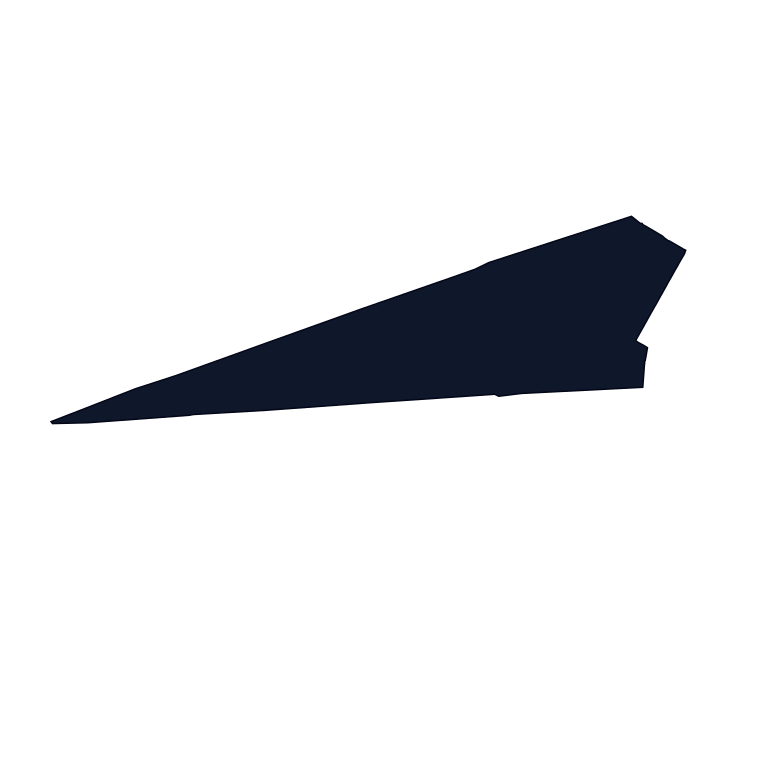 Port Fuad 2, Bur Sa`id, Egypt (Albers equal-area conic projection), rotated 72°
{"feature_id": "37247803B45623855174262", "entity_name": "Port Fuad 2", "entity_type": "district", "adm_level": 2, "iso_a3": "EGY", "parent_name": "Egypt", "parent_adm1": "Bur Sa`id", "projection": "albers", "projection_center": [32.32, 31.171], "detail": "fine", "context": "isolated", "style": "filled", "palette": "ink", "viewbox_px": 768, "rotation_deg": 72, "n_neighbors": 0, "source": "geoboundaries", "source_scale": "gbopen_adm2", "svg_char_len": 986}
<svg xmlns="http://www.w3.org/2000/svg" viewBox="0 0 768 768"><g transform="rotate(72 384 384)"><path d="M301.0,96.8L300.9,246.8L303.0,262.1L303.6,284.3L305.6,380.8L308.6,480.2L311.7,579.6L311.7,621.6L315.1,679.9L316.9,712.3L319.2,711.5L329.4,677.4L353.6,578.7L354.1,574.8L372.7,503.7L397.3,403.8L428.0,281.8L431.1,278.7L435.5,256.0L467.1,138.9L445.8,130.2L444.8,129.6L444.3,129.5L443.7,129.4L442.5,128.4L437.8,125.8L430.9,122.2L427.1,125.4L425.5,127.0L423.2,129.2L420.5,131.2L419.4,130.1L413.2,123.4L410.1,120.0L401.8,111.1L398.1,107.1L390.5,98.7L386.2,94.2L383.9,91.6L379.4,86.8L377.6,84.8L375.8,83.0L373.9,80.9L371.0,77.7L368.8,75.3L365.5,71.8L362.9,68.8L360.1,65.9L355.1,60.3L354.8,60.0L354.6,59.7L352.6,57.6L352.3,57.5L352.1,57.3L350.0,55.7L348.3,57.5L336.1,68.4L335.5,69.6L335.0,69.8L334.6,70.1L332.0,72.0L329.3,73.5L315.8,85.4L312.3,88.7L311.6,88.7L311.0,89.0L310.7,89.6L310.7,89.8L310.7,90.1L309.9,91.0L301.0,96.8Z" fill="#0f172a" stroke="#020617" stroke-width="1.5"/></g></svg>